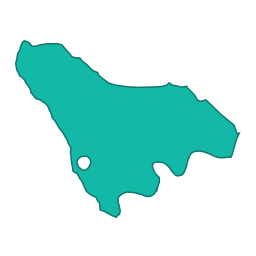 the district of Goranboy District, Goranboy, Azerbaijan, rotated 89°
{"feature_id": "54616110B75141866412524", "entity_name": "Goranboy District", "entity_type": "district", "adm_level": 2, "iso_a3": "AZE", "parent_name": "Azerbaijan", "parent_adm1": "Goranboy", "projection": "equal_earth", "projection_center": [46.678, 40.575], "detail": "fine", "context": "isolated", "style": "filled", "palette": "teal", "viewbox_px": 256, "rotation_deg": 89, "n_neighbors": 0, "source": "geoboundaries", "source_scale": "gbopen_adm2", "svg_char_len": 2465}
<svg xmlns="http://www.w3.org/2000/svg" viewBox="0 0 256 256"><g transform="rotate(89 128 128)"><path d="M159.1,25.7L157.7,24.8L141.6,19.9L135.1,16.9L135.8,18.8L127.0,22.0L115.4,35.6L109.3,41.6L106.0,44.8L101.2,49.7L102.6,54.9L101.3,58.2L98.3,59.8L96.3,60.8L91.5,65.3L89.0,67.8L87.3,68.6L88.1,73.6L86.9,78.1L86.0,82.7L84.0,85.5L83.6,86.1L86.0,88.8L87.0,93.1L87.4,99.8L87.4,102.6L87.5,109.7L87.5,118.2L86.9,126.6L86.0,132.7L85.1,139.0L82.8,146.6L82.0,147.4L80.2,149.7L78.7,151.8L76.9,153.8L74.8,156.4L72.0,157.4L70.4,161.5L68.4,163.9L67.4,164.8L64.4,167.6L61.9,170.6L60.1,172.8L57.1,174.9L57.0,178.9L55.7,183.1L53.1,184.7L50.8,186.8L46.1,190.8L43.6,192.9L42.4,197.6L42.4,202.0L42.4,206.8L43.1,213.1L44.6,219.2L44.6,222.1L43.4,223.5L40.9,225.4L39.9,227.8L39.0,230.2L39.1,230.3L40.4,232.0L43.0,233.1L45.8,234.4L47.0,234.3L49.4,235.6L51.9,237.0L55.1,237.6L57.7,238.1L61.2,239.1L65.0,238.7L68.6,237.9L71.3,236.4L73.9,235.4L75.6,232.9L78.1,230.7L81.0,229.3L83.8,227.4L86.9,225.1L91.1,224.3L93.2,222.5L93.5,222.2L96.9,219.7L98.5,214.9L100.4,212.7L101.9,210.3L104.7,207.8L109.1,206.1L112.1,204.6L116.4,203.6L119.3,201.1L122.5,199.1L126.1,197.3L129.1,195.0L131.5,193.1L135.0,191.4L139.1,188.9L141.7,188.3L143.8,187.0L147.0,185.3L150.6,186.0L154.3,185.6L159.7,185.2L163.4,184.7L166.2,184.2L170.2,183.7L172.1,181.1L172.2,179.7L177.3,177.3L180.1,175.3L183.5,173.7L186.2,172.5L190.5,170.8L192.9,168.0L195.1,164.7L196.8,161.1L200.6,159.5L202.1,157.9L205.8,157.5L209.6,157.2L210.6,153.8L212.8,149.8L215.3,145.5L217.0,141.5L213.7,138.1L213.8,138.0L210.7,137.2L204.9,138.3L202.1,139.1L197.9,139.3L195.6,137.4L193.3,134.2L192.0,130.4L192.5,124.4L192.6,123.5L193.7,119.3L194.7,115.7L196.6,111.2L196.8,107.3L195.3,104.2L193.8,102.5L189.5,100.3L190.3,100.1L186.3,99.0L182.3,97.5L178.0,97.7L173.9,101.5L170.6,103.0L166.3,104.5L162.9,102.6L162.6,98.5L163.2,93.3L165.7,89.7L168.2,87.4L171.6,85.2L173.9,83.3L176.1,81.1L176.8,79.0L175.7,74.5L173.3,72.7L170.8,71.6L167.2,70.2L163.8,69.5L160.4,68.3L156.8,66.8L154.7,65.4L152.8,62.6L152.4,59.6L152.4,59.2L152.3,56.2L153.1,52.7L154.5,48.9L155.4,46.7L157.0,43.7L158.8,39.3L159.4,36.0L159.3,32.4L158.8,27.3L159.1,25.7ZM161.5,165.7L163.5,166.3L166.9,168.0L168.2,169.6L169.3,171.4L169.5,174.2L167.8,176.1L167.2,176.8L166.0,178.2L162.5,179.5L159.9,179.4L157.7,177.9L156.1,176.1L155.8,174.3L155.6,172.5L155.5,171.4L155.4,170.0L155.5,169.6L156.6,168.1L158.4,166.7L161.3,165.7L161.5,165.7Z" fill="#14b8a6" stroke="#0f766e" stroke-width="1.5"/></g></svg>